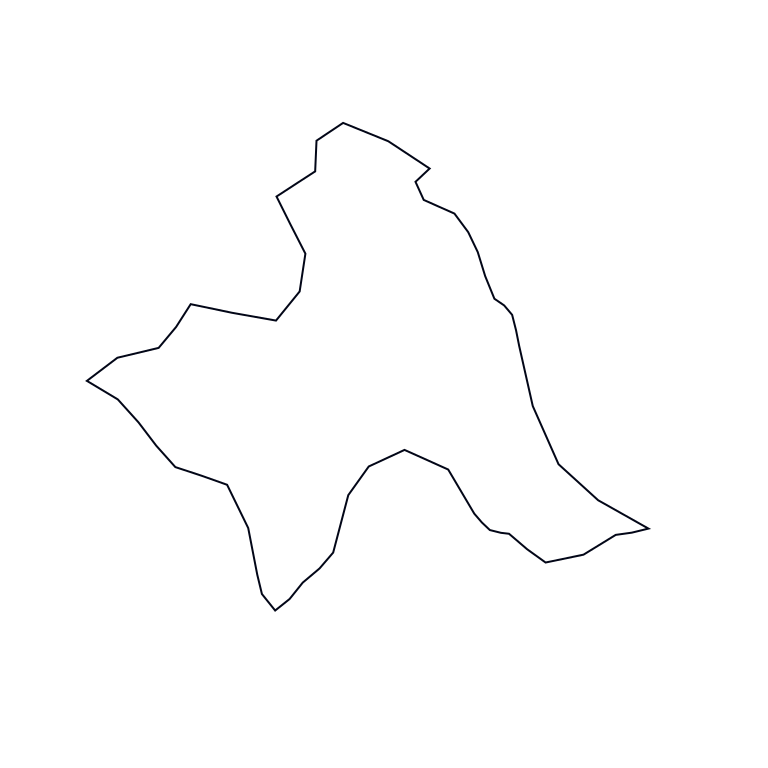 the District of Ağsu, rotated 103°
{"feature_id": "AZE-1693", "entity_name": "Ağsu", "entity_type": "District", "adm_level": 1, "iso_a3": "AZE", "parent_name": "Azerbaijan", "parent_adm1": "", "projection": "albers", "projection_center": [48.381, 40.536], "detail": "fine", "context": "isolated", "style": "outline", "palette": "ink", "viewbox_px": 768, "rotation_deg": 103, "n_neighbors": 0, "source": "natural_earth", "source_scale": "10m", "svg_char_len": 921}
<svg xmlns="http://www.w3.org/2000/svg" viewBox="0 0 768 768"><g transform="rotate(103 384 384)"><path d="M476.6,614.6L458.9,639.9L447.8,674.2L418.4,649.7L399.5,611.7L375.2,599.4L349.7,590.3L348.8,548.2L346.5,503.5L312.8,487.0L274.7,489.9L249.4,511.2L225.5,530.9L206.9,513.0L192.3,498.9L162.1,504.5L138.8,482.6L146.5,434.4L163.8,388.0L179.9,398.8L195.7,386.7L198.8,370.8L202.1,353.7L217.1,336.1L234.4,322.3L256.1,309.7L276.1,295.6L280.4,284.6L287.8,274.7L302.0,267.4L316.4,260.9L372.0,234.1L422.9,195.9L449.1,149.2L465.4,93.8L473.1,109.1L478.9,124.3L505.4,151.2L521.6,186.4L512.8,207.4L501.8,228.5L502.7,236.6L502.5,248.0L496.9,257.5L490.0,266.9L452.9,302.2L443.6,349.2L467.8,380.3L500.3,393.8L530.0,394.7L559.7,395.6L578.2,405.3L595.8,418.5L614.7,427.6L629.2,439.1L616.1,455.7L598.3,464.6L554.9,483.9L517.5,514.2L514.4,541.2L511.9,568.6L495.3,592.1L476.6,614.6Z" fill="none" stroke="#020617" stroke-width="2"/></g></svg>